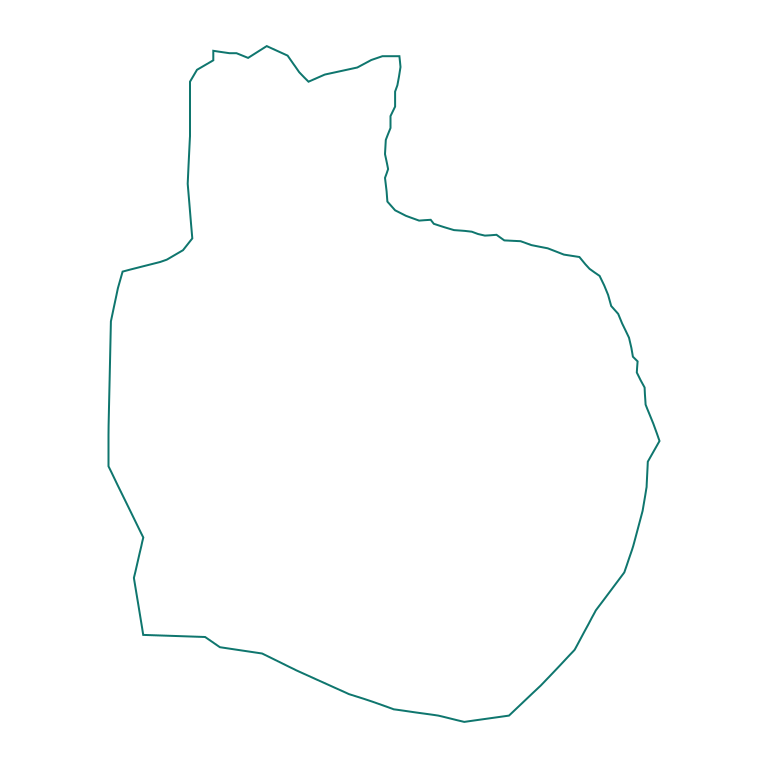 outline of Ar Rashad, South Kordufan, Sudan
{"feature_id": "16777658B6695424981162", "entity_name": "Ar Rashad", "entity_type": "district", "adm_level": 2, "iso_a3": "SDN", "parent_name": "Sudan", "parent_adm1": "South Kordufan", "projection": "orthographic", "projection_center": [31.122, 11.808], "detail": "fine", "context": "isolated", "style": "outline", "palette": "teal", "viewbox_px": 768, "rotation_deg": 0, "n_neighbors": 0, "source": "geoboundaries", "source_scale": "gbopen_adm2", "svg_char_len": 2688}
<svg xmlns="http://www.w3.org/2000/svg" viewBox="0 0 768 768"><path d="M399.4,56.2L397.1,56.2L392.4,56.2L386.8,56.2L382.4,56.2L371.3,60.0L357.3,67.5L326.0,74.3L324.7,74.6L308.5,81.7L304.2,77.4L299.2,72.2L294.9,66.0L293.8,64.5L287.6,55.6L266.7,46.1L248.1,57.9L236.5,53.2L229.5,53.2L218.5,51.6L213.3,50.8L213.3,60.3L197.0,69.8L190.0,81.7L190.0,100.7L190.0,136.3L189.9,137.8L189.4,147.8L188.5,166.2L187.7,183.8L189.4,203.9L191.0,223.4L192.3,238.4L183.0,250.2L167.6,259.2L166.7,259.7L160.1,262.0L159.7,262.1L151.8,264.1L141.1,266.8L138.0,267.6L130.5,269.5L122.6,271.6L117.9,288.2L116.4,295.4L113.5,309.0L110.9,321.4L110.7,330.6L109.7,376.3L109.1,402.5L108.6,425.4L108.5,435.5L108.5,466.3L111.6,472.6L117.6,485.1L128.8,507.9L140.9,532.7L143.3,537.5L142.2,542.0L141.3,546.2L139.7,552.9L135.5,571.3L133.9,577.9L134.9,584.1L138.4,605.2L142.2,628.4L143.2,634.9L166.8,635.7L205.1,637.0L219.9,647.2L237.9,649.9L262.1,653.5L271.1,657.9L289.5,667.0L294.3,669.3L295.8,670.1L299.3,671.7L316.1,679.3L327.9,684.6L335.4,688.0L345.9,692.7L348.9,694.1L363.8,698.8L372.5,701.7L388.0,707.2L392.7,708.9L393.6,709.3L396.7,709.7L403.1,710.6L415.4,712.4L430.8,714.5L434.3,715.0L438.3,715.6L443.0,716.7L452.3,719.0L457.1,720.2L464.3,721.9L471.9,720.8L496.2,717.4L509.0,715.6L532.6,693.2L540.8,685.5L552.4,673.4L559.8,665.6L565.4,659.6L569.7,655.0L572.4,652.2L574.0,650.5L574.7,649.7L577.2,645.1L584.3,631.8L588.4,624.3L591.9,617.6L593.4,614.9L594.7,612.5L595.8,610.4L599.1,606.0L603.5,600.2L614.8,585.1L621.4,576.3L624.3,572.4L626.8,565.2L629.0,558.6L632.0,549.9L633.2,546.1L634.1,542.8L635.2,538.7L637.6,529.7L642.6,510.9L645.3,495.0L646.3,488.7L646.6,487.1L646.7,484.4L647.6,466.3L647.7,464.1L647.8,461.7L650.5,456.9L656.4,446.5L659.5,441.0L656.9,433.5L653.3,423.6L649.1,413.3L647.2,408.7L645.6,404.6L645.3,399.8L644.9,394.0L644.6,387.5L640.7,380.4L636.8,372.5L637.1,367.8L637.6,361.4L632.9,356.7L631.4,348.0L629.0,337.7L625.8,331.0L622.1,323.4L618.2,313.9L611.2,306.0L608.1,294.9L604.2,285.4L599.6,275.9L594.5,272.4L589.5,268.8L585.3,264.2L579.4,257.0L571.6,255.8L563.9,254.6L555.2,251.2L547.7,248.3L540.4,246.9L531.4,245.1L520.6,241.2L512.4,240.8L504.3,240.4L496.5,234.8L490.2,235.3L484.9,235.6L478.0,234.0L471.8,231.7L464.8,230.9L460.9,230.6L454.0,230.1L444.9,227.4L440.8,226.1L433.8,223.8L430.7,219.8L424.4,220.2L419.1,220.6L414.4,218.9L410.5,217.5L405.9,215.8L401.8,213.7L395.1,210.3L392.0,206.8L387.4,201.6L387.0,196.7L386.6,191.3L385.9,185.4L385.0,177.9L386.6,173.5L388.1,169.1L387.0,163.5L385.0,154.1L385.8,139.9L387.8,134.7L390.5,128.0L390.5,122.2L390.5,116.1L395.1,106.6L395.1,99.9L395.1,91.6L397.4,85.2L399.0,76.5L400.5,67.0L400.0,61.8L399.4,56.2Z" fill="none" stroke="#0f766e" stroke-width="2"/></svg>